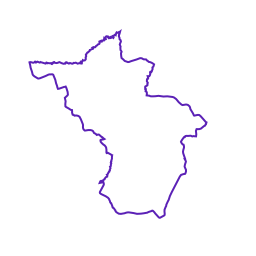 Kouritenga, Kouritenga, Burkina Faso, rotated 344°
{"feature_id": "67063806B40595440400203", "entity_name": "Kouritenga", "entity_type": "district", "adm_level": 2, "iso_a3": "BFA", "parent_name": "Burkina Faso", "parent_adm1": "Kouritenga", "projection": "orthographic", "projection_center": [-0.33, 12.181], "detail": "fine", "context": "isolated", "style": "outline", "palette": "violet", "viewbox_px": 256, "rotation_deg": 344, "n_neighbors": 0, "source": "geoboundaries", "source_scale": "gbopen_adm2", "svg_char_len": 5711}
<svg xmlns="http://www.w3.org/2000/svg" viewBox="0 0 256 256"><g transform="rotate(344 128 128)"><path d="M147.0,33.1L146.5,33.3L145.5,33.3L144.8,33.8L144.2,33.6L143.5,32.9L142.9,33.4L141.8,35.3L141.4,34.7L141.0,34.7L140.3,35.2L139.0,35.3L139.2,36.9L138.8,37.3L138.6,36.9L138.2,36.7L137.2,36.7L136.9,35.6L135.5,35.9L135.4,36.6L134.4,36.4L134.6,35.5L133.9,35.3L134.0,34.7L133.3,34.6L133.2,34.1L132.6,33.9L132.3,33.9L131.4,34.4L131.0,35.4L131.0,35.7L131.2,36.0L131.2,36.5L130.3,36.6L129.8,35.4L129.2,36.8L128.9,36.5L128.2,37.1L127.1,36.9L126.7,37.7L126.0,37.6L125.4,37.4L125.6,36.8L124.3,37.0L124.0,38.8L123.9,39.0L123.4,39.3L122.0,39.4L121.0,40.1L119.8,40.4L119.2,41.0L118.5,41.3L117.1,40.7L116.2,40.9L116.7,41.5L116.4,42.0L116.0,42.3L115.1,42.2L113.2,42.6L112.8,42.5L112.1,43.6L111.3,43.7L110.4,44.3L109.9,44.2L109.4,44.5L108.5,45.4L107.8,45.7L107.6,46.1L107.7,46.9L107.5,47.7L107.2,48.1L106.9,48.2L106.6,48.8L106.5,50.0L106.1,50.5L105.1,51.1L103.6,50.8L103.3,50.4L102.9,51.0L102.4,51.4L101.9,51.2L101.5,51.4L101.7,52.4L101.6,52.9L101.3,53.3L100.6,53.1L100.1,52.7L100.2,51.8L99.3,52.4L98.5,52.2L97.4,52.3L95.8,50.8L94.7,50.8L93.6,50.4L92.7,50.9L92.0,50.8L90.1,49.5L89.3,49.8L88.9,49.8L88.4,49.2L87.5,48.8L87.2,48.4L87.2,48.0L86.8,47.8L86.3,47.8L85.8,48.0L85.4,48.8L83.5,48.4L82.8,47.8L82.1,47.4L80.3,45.8L79.1,45.8L78.6,46.0L77.3,45.9L75.7,45.2L75.2,44.9L75.4,44.6L75.3,44.3L74.5,44.2L74.0,44.4L73.6,45.1L72.5,45.6L72.2,45.4L72.2,44.5L70.3,44.1L69.3,43.6L68.9,43.5L68.0,42.9L67.8,43.2L67.4,42.7L66.4,43.3L62.7,40.9L62.0,40.8L61.9,40.5L61.0,40.7L59.3,39.3L57.7,39.7L57.6,38.9L57.1,38.6L56.7,38.6L56.4,39.0L55.4,39.2L54.7,39.1L52.9,38.0L52.1,37.7L51.4,37.7L51.3,40.7L51.0,43.2L51.2,47.4L51.1,50.3L51.4,51.2L52.3,52.6L55.1,55.6L55.6,55.8L57.2,55.9L63.2,55.3L66.1,54.8L67.2,54.8L70.2,55.6L70.8,56.2L71.4,61.6L71.2,65.2L71.4,67.9L71.3,69.7L71.5,71.1L72.9,71.2L77.9,70.9L78.9,71.1L79.5,71.0L79.8,72.7L79.9,76.8L79.4,79.4L78.8,80.0L75.6,81.6L75.4,85.1L74.3,87.8L73.8,90.0L74.3,90.8L76.4,92.9L77.4,94.1L78.3,95.0L79.1,95.3L78.8,96.9L78.4,98.0L78.6,99.2L78.4,99.8L78.7,100.2L80.1,101.1L80.1,101.4L81.7,101.7L82.9,102.3L83.4,102.6L84.5,103.8L85.1,106.7L85.6,111.6L85.6,112.7L85.0,114.5L84.8,115.4L84.8,116.5L85.0,117.3L85.7,118.5L86.5,118.7L89.0,119.0L91.5,119.7L92.8,120.5L93.6,121.5L93.9,123.3L95.3,124.7L96.1,126.1L97.3,126.0L98.2,126.3L98.9,127.3L100.4,129.7L100.8,129.8L101.3,130.8L102.3,132.1L101.7,132.2L98.7,131.9L98.3,132.0L98.0,132.7L98.0,133.2L98.0,133.8L98.6,135.2L99.8,137.2L100.7,138.2L101.2,139.3L101.6,140.6L101.3,142.9L100.5,145.6L100.6,146.3L100.9,146.4L101.7,146.2L105.2,149.7L104.8,150.0L104.8,151.0L104.5,151.6L104.1,153.1L103.2,154.4L103.0,155.2L102.5,155.4L102.2,156.8L101.9,156.9L102.1,157.5L101.5,158.3L101.0,159.8L100.0,160.3L100.1,161.2L100.1,161.7L99.9,162.1L99.1,162.8L98.9,163.7L98.7,163.7L98.0,164.8L97.6,164.7L96.5,166.0L96.1,166.1L95.3,167.5L94.9,167.4L95.0,168.1L94.6,169.0L93.4,169.1L93.0,169.3L92.0,170.0L91.4,170.8L90.8,170.8L90.4,171.2L90.0,171.3L88.1,171.7L87.4,171.4L86.7,171.6L85.9,172.6L85.6,173.0L89.4,173.3L89.4,174.8L89.2,175.6L88.7,176.3L83.4,181.7L83.1,182.4L83.1,182.9L83.9,184.0L87.8,187.5L89.6,189.6L90.3,191.3L90.2,191.8L90.5,193.4L90.4,194.4L90.8,195.6L91.1,195.7L91.4,198.6L91.3,199.0L91.4,199.5L91.3,200.1L91.4,200.4L91.8,200.5L92.1,201.0L92.6,202.1L92.7,202.9L93.2,203.7L93.1,204.5L93.6,205.7L95.5,207.8L97.5,208.6L101.2,209.0L102.8,208.9L104.2,209.0L105.5,209.3L109.9,211.3L113.0,213.0L116.8,213.9L119.5,214.3L123.2,214.7L124.5,214.4L127.9,214.3L128.4,214.1L128.9,214.3L129.2,214.6L130.1,216.2L130.6,217.6L132.8,222.1L133.4,222.9L134.1,223.1L138.5,222.1L139.0,221.9L139.3,221.5L139.7,220.3L140.0,218.5L140.6,216.6L142.4,214.3L143.2,213.5L143.7,212.3L146.2,209.4L147.3,208.3L149.5,205.0L152.4,201.7L164.4,189.0L166.1,187.7L168.5,187.6L170.2,187.8L170.6,187.5L171.7,185.9L172.2,184.2L171.8,181.3L171.8,180.6L172.7,178.8L174.4,176.3L174.4,175.4L173.9,173.3L174.4,173.3L174.1,167.7L174.3,166.0L175.2,164.2L176.4,162.3L176.8,160.9L176.8,159.3L176.0,158.8L175.8,158.4L175.3,157.0L175.1,155.9L175.4,155.5L176.9,154.1L179.2,152.3L179.7,152.1L180.0,152.4L180.4,152.2L181.0,151.6L182.1,151.7L183.6,152.2L185.7,152.6L186.3,152.8L187.4,153.8L188.6,153.8L190.2,154.5L191.1,154.8L191.9,152.9L192.5,149.5L193.6,148.0L196.1,148.7L197.9,148.7L201.6,147.1L202.6,147.0L203.4,146.1L203.9,146.0L204.0,145.4L204.7,144.8L205.0,144.2L204.4,143.7L202.8,140.2L201.1,136.7L200.1,135.2L199.5,134.9L198.5,134.6L195.2,134.4L194.8,134.1L194.5,131.9L193.2,127.1L193.3,125.1L193.1,124.1L192.0,122.4L191.1,121.8L190.2,121.4L186.8,121.0L185.9,120.3L183.9,117.2L182.3,113.5L180.7,111.4L179.5,110.5L174.6,108.4L170.7,107.5L166.2,105.5L162.5,104.9L159.2,104.0L158.2,103.6L157.5,102.9L154.9,101.8L155.2,101.1L155.4,101.0L155.9,98.9L155.7,98.2L155.0,97.6L155.1,97.3L155.5,97.1L155.6,96.2L155.8,95.8L155.3,95.6L155.2,95.2L155.7,94.5L155.7,93.4L156.2,92.8L158.0,92.5L158.5,92.2L158.7,91.9L158.6,91.4L158.8,90.8L159.2,90.5L159.5,90.0L159.0,88.4L159.2,87.7L159.7,86.4L160.5,85.8L160.9,86.0L161.2,85.5L161.2,83.6L162.4,84.0L162.8,84.0L163.5,83.4L164.0,82.7L164.3,82.1L164.6,80.4L165.1,80.1L165.8,80.7L166.5,80.1L167.1,79.1L167.6,78.6L168.0,77.9L168.0,77.1L168.2,76.5L169.3,76.0L170.6,74.0L169.4,72.5L168.6,71.7L167.3,70.7L166.1,70.1L165.3,68.7L164.9,68.5L164.3,67.1L162.0,66.3L161.0,65.4L160.9,65.2L160.4,64.8L159.6,64.4L158.7,64.2L155.1,64.5L149.5,64.6L147.1,64.8L146.1,64.6L143.3,62.6L142.3,60.7L141.1,59.0L141.3,57.0L141.8,54.5L142.1,53.8L142.8,53.1L142.9,52.7L142.3,51.0L142.8,48.7L143.3,47.7L143.1,45.5L144.2,43.9L145.0,43.0L145.1,41.8L145.0,41.3L144.7,41.0L144.4,40.4L144.7,38.8L144.5,37.6L144.6,37.0L144.8,36.8L145.0,35.9L145.7,35.3L147.0,33.1Z" fill="none" stroke="#5b21b6" stroke-width="2"/></g></svg>